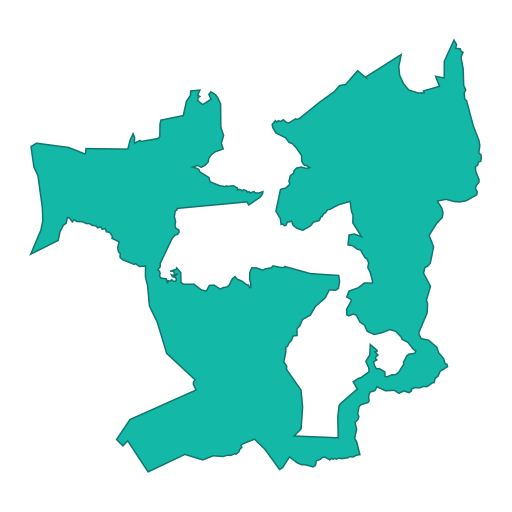 outline of Xalpatláhuac, Guerrero, Mexico
{"feature_id": "50627088B26783383987854", "entity_name": "Xalpatláhuac", "entity_type": "district", "adm_level": 2, "iso_a3": "MEX", "parent_name": "Mexico", "parent_adm1": "Guerrero", "projection": "albers", "projection_center": [-98.537, 17.429], "detail": "fine", "context": "isolated", "style": "filled", "palette": "teal", "viewbox_px": 512, "rotation_deg": 0, "n_neighbors": 0, "source": "geoboundaries", "source_scale": "gbopen_adm2", "svg_char_len": 6064}
<svg xmlns="http://www.w3.org/2000/svg" viewBox="0 0 512 512"><path d="M334.4,458.4L336.4,459.1L339.2,457.9L341.4,458.7L347.6,457.9L349.9,456.6L353.1,457.0L356.3,455.2L359.9,454.7L356.6,441.6L354.6,438.6L356.6,429.3L355.0,422.5L357.9,419.5L358.9,416.7L357.7,413.7L359.0,406.8L360.8,404.8L367.7,402.6L369.0,401.4L368.7,395.5L370.2,392.0L374.8,390.7L377.0,386.8L385.5,390.8L394.2,390.3L399.0,393.3L403.8,390.9L409.0,392.7L411.5,391.0L411.2,389.2L414.9,387.7L419.6,387.9L423.2,386.5L427.1,386.6L432.3,382.9L434.1,382.6L435.1,378.3L438.1,376.2L440.1,371.3L447.5,366.7L447.0,364.4L445.0,363.4L443.6,358.6L438.7,352.8L436.8,347.2L428.6,340.2L421.2,338.6L418.9,334.2L419.0,332.2L427.1,313.0L427.6,303.8L426.4,300.1L430.5,286.4L423.5,273.1L424.9,267.5L427.5,266.3L430.3,263.1L433.6,246.9L429.1,235.3L436.5,223.6L442.3,217.4L443.0,212.9L441.8,208.2L437.4,201.1L445.9,199.3L454.5,201.6L459.9,201.9L466.0,200.8L476.8,194.8L477.2,191.9L475.3,188.2L476.5,185.1L478.9,182.5L479.1,179.9L475.8,171.5L475.4,166.6L477.7,165.2L478.3,162.2L480.7,161.4L481.3,158.4L481.0,154.9L478.8,152.9L479.8,145.8L479.0,140.6L473.2,125.6L466.6,100.8L464.8,99.3L464.2,92.9L465.7,89.9L463.7,85.3L463.2,69.0L461.0,57.2L463.0,52.4L461.1,51.3L460.2,48.7L455.6,48.4L456.6,44.7L454.0,40.1L444.3,61.3L444.2,77.9L435.6,76.4L439.5,86.3L423.5,90.9L424.1,92.9L418.2,93.0L408.7,90.0L403.3,83.3L399.6,75.1L398.8,66.4L401.2,54.5L366.4,76.6L366.6,78.3L357.6,70.7L345.5,84.6L339.7,85.5L334.2,91.7L319.6,102.2L300.2,117.9L297.1,119.5L295.5,118.9L288.8,123.0L286.1,122.2L283.4,119.7L280.5,121.5L278.3,120.6L276.6,122.2L275.4,120.6L272.2,124.5L272.7,127.5L275.9,132.9L285.6,137.8L289.2,142.6L292.1,143.4L296.3,147.9L301.6,155.6L301.7,161.1L303.3,164.0L304.5,165.4L306.2,165.5L309.8,167.6L306.2,168.4L301.1,167.0L296.5,168.1L294.2,170.5L293.5,173.3L290.3,175.7L288.9,181.4L289.8,183.0L289.1,185.0L285.6,188.1L280.5,189.4L275.9,211.2L280.3,218.5L281.1,224.5L282.9,224.1L284.3,225.6L285.8,225.4L287.4,222.2L291.7,221.3L293.2,225.3L296.6,228.1L302.7,230.3L310.6,225.8L313.4,222.2L319.3,220.5L320.8,217.0L322.5,216.1L323.3,214.0L325.2,213.0L327.7,209.7L329.8,209.4L338.5,204.8L350.1,201.4L351.6,211.8L353.0,214.6L352.8,222.9L361.6,236.8L354.1,234.0L349.1,235.0L348.0,244.9L352.8,245.7L357.2,249.2L360.5,250.0L364.9,257.6L367.1,259.1L368.7,263.0L367.8,267.3L370.4,272.9L372.6,281.4L372.4,283.1L364.4,283.0L358.2,287.8L349.1,291.0L346.7,297.0L350.4,299.0L351.4,300.6L346.6,309.4L346.7,314.6L348.5,315.8L353.3,314.1L356.4,315.2L359.9,322.0L364.6,325.3L367.1,331.2L374.1,334.5L381.9,332.7L389.8,329.6L395.8,331.3L401.5,337.4L402.2,339.5L408.0,342.4L413.1,349.1L415.8,351.0L414.8,353.3L408.7,354.2L406.8,355.9L403.5,362.3L403.7,364.3L398.5,372.5L395.6,374.6L391.5,374.9L386.8,377.0L385.0,376.4L384.9,372.0L379.4,368.6L376.5,368.8L374.5,365.6L373.6,361.8L376.8,359.9L375.6,358.8L375.7,357.0L378.0,355.0L374.8,352.0L377.0,351.5L377.1,350.4L370.3,344.5L369.8,355.0L365.8,361.4L368.7,367.6L369.1,371.7L360.8,377.7L358.2,378.5L353.2,381.8L357.3,389.0L339.8,404.2L339.0,406.0L337.8,417.2L338.2,437.8L294.2,436.0L301.1,428.8L302.6,406.9L301.0,390.1L286.5,369.3L286.7,366.1L283.8,362.0L285.9,351.6L285.6,347.4L287.6,346.1L289.1,342.7L291.4,340.6L293.1,335.9L297.1,335.5L296.9,328.9L299.9,325.6L302.5,319.5L310.3,315.2L315.4,306.4L325.2,297.9L329.3,289.9L335.7,290.2L338.4,288.3L339.6,281.6L338.7,275.5L310.4,273.6L284.9,266.5L284.7,267.4L280.8,267.5L273.0,265.9L271.2,267.9L265.4,268.8L262.6,270.1L256.7,268.0L251.7,267.8L249.8,272.6L249.6,279.9L250.7,282.5L250.8,287.5L249.5,287.5L248.6,285.1L246.6,284.8L242.4,281.4L236.7,278.9L235.0,276.6L232.3,278.8L229.4,284.8L227.0,287.0L223.1,287.6L220.2,289.1L214.0,285.1L209.4,285.4L206.3,291.1L201.3,289.9L193.9,284.2L183.5,284.2L181.0,282.5L180.7,272.5L176.7,267.9L176.1,269.3L170.1,271.2L173.8,271.2L174.5,275.0L177.9,273.5L175.0,276.0L171.5,274.8L172.5,276.6L175.9,277.8L176.3,280.0L175.6,281.2L173.2,281.2L171.8,279.8L169.7,281.1L168.1,280.7L167.4,283.4L166.3,278.8L161.3,278.2L159.5,276.4L160.1,273.5L159.5,271.2L157.9,270.0L160.2,266.7L160.2,263.4L172.2,238.3L175.1,235.1L177.5,234.4L179.2,232.1L178.7,229.8L176.1,228.5L174.9,226.0L175.6,221.7L174.4,216.6L175.2,211.3L177.1,209.7L177.2,208.4L247.0,201.9L248.8,205.0L260.3,197.1L262.6,193.7L262.9,191.6L258.7,193.1L255.0,192.8L253.9,191.5L250.1,193.0L249.4,191.8L247.4,192.1L246.6,190.8L243.7,189.8L242.7,190.6L239.5,189.4L237.5,190.0L237.5,188.1L233.4,185.7L227.4,186.4L226.3,185.8L225.3,186.6L220.0,185.8L210.1,181.8L208.9,177.5L199.8,171.9L199.0,169.8L197.3,168.5L192.7,167.1L197.6,165.4L201.2,167.3L205.1,165.3L208.2,161.9L208.8,158.4L211.1,155.0L214.7,152.0L223.2,148.9L221.3,143.2L223.6,135.5L220.8,126.9L220.6,103.9L217.7,97.6L215.4,94.6L210.9,91.8L208.8,94.4L211.0,99.2L203.1,104.4L202.0,104.2L197.6,100.4L198.1,97.5L199.8,96.5L197.6,95.2L199.9,90.1L190.6,90.9L190.5,95.3L186.4,101.3L183.3,115.6L161.0,120.1L160.0,123.7L159.8,136.5L158.1,138.5L141.0,141.5L139.9,140.4L134.4,143.3L134.6,137.5L133.1,133.8L130.2,139.9L127.8,149.1L86.0,148.6L85.7,152.7L84.8,153.9L68.7,147.5L36.6,143.2L31.0,146.5L33.9,167.1L37.9,175.4L42.3,207.4L42.8,220.9L40.9,230.1L30.7,254.2L58.2,240.4L60.1,231.4L63.4,225.2L66.1,223.3L67.4,217.5L69.7,218.2L72.3,221.9L74.1,219.7L76.8,221.5L82.7,221.8L86.2,223.6L89.4,223.6L92.0,225.3L96.0,225.9L97.9,227.9L100.7,226.7L102.1,229.3L105.2,228.6L106.4,231.8L109.7,232.3L112.5,236.8L112.0,238.4L119.1,241.8L117.7,247.8L118.5,251.8L120.2,253.5L120.0,257.4L122.8,259.8L134.2,264.4L135.6,263.7L139.5,266.5L145.5,266.1L145.4,276.6L147.6,285.8L149.4,305.9L157.4,322.5L166.7,353.4L195.0,379.7L193.4,382.4L193.4,384.3L196.1,390.0L130.0,419.5L116.6,439.5L122.9,445.9L127.7,440.8L148.1,471.9L184.9,454.4L202.7,459.9L213.2,455.8L223.1,456.5L227.4,455.2L230.8,455.4L234.7,453.6L236.1,454.2L238.9,451.8L239.7,449.5L241.8,447.4L241.1,445.5L242.4,444.0L254.5,439.2L264.7,449.0L279.6,469.5L282.6,467.7L289.5,456.9L297.4,463.0L301.7,464.7L305.0,464.7L313.1,466.9L315.4,465.4L316.4,460.7L320.3,459.4L322.3,457.5L324.9,457.0L329.8,459.9L331.5,458.5L333.0,459.2L334.4,458.4Z" fill="#14b8a6" stroke="#0f766e" stroke-width="1.5"/></svg>